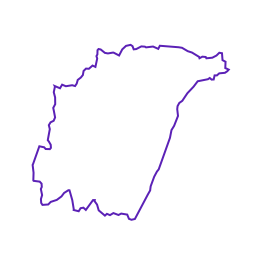 Naranjito, Puerto Rico, rotated 194°
{"feature_id": "32010507B80614899484924", "entity_name": "Naranjito", "entity_type": "district", "adm_level": 2, "iso_a3": "PRI", "parent_name": "Puerto Rico", "parent_adm1": "", "projection": "equal_earth", "projection_center": [-66.251, 18.288], "detail": "fine", "context": "isolated", "style": "outline", "palette": "violet", "viewbox_px": 256, "rotation_deg": 194, "n_neighbors": 0, "source": "geoboundaries", "source_scale": "gbopen_adm2", "svg_char_len": 1801}
<svg xmlns="http://www.w3.org/2000/svg" viewBox="0 0 256 256"><g transform="rotate(194 128 128)"><path d="M99.3,41.4L92.7,68.1L91.4,72.8L91.6,74.2L91.9,77.0L90.8,87.1L89.4,92.7L88.2,95.3L87.2,105.3L84.9,128.6L85.3,136.5L83.8,141.2L82.4,151.8L84.8,158.2L85.2,161.2L84.3,164.7L81.9,167.5L78.8,176.1L74.4,183.9L71.7,190.2L62.2,194.7L60.8,196.3L58.6,195.2L56.6,195.8L56.7,200.0L54.5,200.5L52.7,203.1L47.3,205.0L45.4,207.1L44.4,209.0L48.1,209.7L49.4,215.9L52.7,216.7L54.9,223.3L57.6,223.1L59.7,219.7L63.2,216.6L68.8,214.6L69.8,215.7L73.1,215.2L75.5,213.0L76.2,214.2L84.2,216.7L88.6,217.0L95.0,218.9L98.4,218.6L117.0,215.5L117.8,212.1L123.4,213.1L130.0,210.6L131.3,211.0L134.8,210.4L139.1,206.6L141.5,205.7L143.4,208.5L145.6,209.3L149.8,207.2L152.6,202.9L154.2,196.2L160.0,197.6L160.7,197.6L165.5,195.5L168.6,195.3L173.5,197.6L175.7,197.5L176.4,196.1L175.5,192.0L176.0,190.1L174.7,188.0L174.4,179.4L177.5,180.0L180.3,176.0L183.1,175.5L184.9,172.6L184.6,168.5L186.0,165.5L188.4,162.5L188.5,158.7L189.5,155.9L192.5,156.0L198.4,153.5L202.4,154.1L203.6,150.1L209.3,151.0L208.9,150.5L208.7,144.8L206.1,140.0L204.4,133.5L205.4,129.4L204.0,126.5L201.3,120.6L201.9,117.0L204.5,114.8L205.5,111.6L203.6,108.0L202.9,96.8L201.5,95.7L198.9,93.0L198.0,90.1L198.7,88.6L202.8,87.7L204.7,89.0L209.6,88.8L211.4,70.1L211.6,69.1L208.8,61.7L207.2,54.3L206.8,53.9L200.7,54.6L198.4,53.1L197.4,50.0L197.8,47.7L195.1,42.1L195.3,38.0L194.1,34.3L192.4,32.7L186.9,34.5L185.1,37.6L179.7,41.0L176.0,45.5L174.3,49.5L170.8,53.2L169.7,53.4L164.6,44.5L161.0,36.1L160.9,35.3L155.7,35.3L154.6,38.7L152.0,39.9L149.1,38.3L144.5,49.6L142.8,50.0L142.8,49.0L139.5,46.2L136.5,41.0L129.2,37.4L127.7,39.6L124.4,39.1L121.6,41.9L116.2,41.3L113.9,43.3L107.8,43.8L105.1,40.1L102.4,39.8L99.3,41.4Z" fill="none" stroke="#5b21b6" stroke-width="2"/></g></svg>